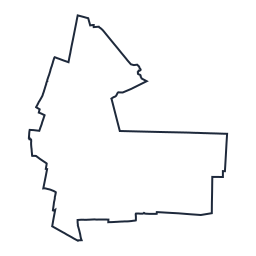 the district of Gugesti, Vrancea, Romania
{"feature_id": "2599482B37813268107043", "entity_name": "Gugesti", "entity_type": "district", "adm_level": 2, "iso_a3": "ROU", "parent_name": "Romania", "parent_adm1": "Vrancea", "projection": "albers", "projection_center": [27.148, 45.569], "detail": "fine", "context": "isolated", "style": "outline", "palette": "slate", "viewbox_px": 256, "rotation_deg": 0, "n_neighbors": 0, "source": "geoboundaries", "source_scale": "gbopen_adm2", "svg_char_len": 4259}
<svg xmlns="http://www.w3.org/2000/svg" viewBox="0 0 256 256"><path d="M222.9,177.0L222.9,172.9L222.9,171.1L224.9,171.2L225.2,166.5L225.8,156.1L226.5,143.4L227.1,133.8L223.0,133.7L220.1,133.6L217.3,133.5L213.6,133.4L209.8,133.3L207.5,133.2L203.3,133.1L198.3,132.9L197.6,132.9L193.6,132.8L188.7,132.6L174.6,132.3L164.8,132.1L144.0,131.6L119.8,131.0L116.3,117.4L111.6,99.1L111.4,98.6L113.5,97.2L114.0,97.0L114.7,96.8L115.5,96.3L116.2,95.7L117.0,94.1L117.7,92.8L118.0,92.5L118.4,92.3L119.3,92.4L122.7,92.5L131.0,89.0L146.7,81.2L141.6,78.5L141.1,77.2L140.7,76.8L140.6,76.4L140.6,76.0L140.6,75.5L140.3,75.0L140.0,74.8L139.3,74.6L138.0,73.9L137.9,73.3L137.9,72.6L137.8,72.0L138.2,71.7L138.4,71.3L138.5,70.9L138.6,70.7L139.0,70.9L139.7,70.6L140.0,70.5L140.4,70.2L140.6,69.9L140.6,69.4L140.1,68.7L139.7,68.2L139.5,67.9L139.3,67.3L139.2,66.8L138.9,66.4L138.7,66.1L138.4,66.0L138.2,65.7L137.2,64.7L133.8,65.1L130.9,64.3L127.4,60.3L126.0,58.5L121.2,52.7L117.5,48.1L114.0,43.9L109.5,38.4L106.4,34.6L103.9,31.5L102.6,30.0L101.3,28.8L100.2,27.9L99.4,27.5L98.8,26.7L93.7,27.1L93.6,26.3L93.7,25.0L93.0,25.0L90.2,25.4L88.2,18.2L86.2,17.7L83.8,17.0L78.5,15.6L77.7,15.4L76.8,19.8L76.4,22.1L75.2,28.1L73.8,35.2L72.8,40.2L71.7,45.5L70.7,50.7L70.3,53.0L69.4,57.3L68.5,62.2L66.2,61.4L63.6,60.5L61.2,59.6L59.1,58.8L57.3,58.2L56.3,57.8L55.3,57.4L55.0,57.3L54.7,57.2L54.6,57.3L54.3,57.8L54.1,58.4L53.4,60.5L53.2,61.1L53.0,61.8L52.7,63.0L51.9,65.5L51.8,66.0L51.1,67.8L51.0,68.2L50.5,69.8L50.4,70.1L50.4,70.5L50.2,71.1L50.0,71.9L49.6,73.1L49.0,75.1L48.7,75.8L47.8,78.4L47.3,79.9L47.2,80.6L47.2,80.9L47.3,81.2L46.9,81.5L46.7,82.0L46.6,82.4L46.4,82.9L46.2,83.5L46.2,84.1L45.9,84.9L45.7,85.5L45.5,86.1L44.8,88.4L44.6,89.1L44.0,90.9L44.0,91.1L43.2,93.4L43.1,93.5L42.7,95.0L42.4,95.8L42.3,96.0L42.1,96.4L41.2,98.0L40.0,100.1L39.8,100.5L38.9,101.8L38.5,102.6L38.0,103.7L37.7,104.1L37.7,104.3L37.5,104.6L37.0,105.6L36.2,106.9L36.1,107.2L36.9,107.7L37.8,108.2L39.6,109.3L39.5,109.5L39.4,110.2L39.1,111.3L39.0,111.8L38.8,112.6L39.4,112.8L40.6,113.3L41.8,113.8L42.7,114.3L44.1,114.9L44.6,115.2L44.5,115.6L44.1,116.6L43.2,119.4L42.2,122.2L41.6,124.4L40.4,127.6L39.3,130.8L33.4,130.1L29.7,129.9L29.4,131.5L29.2,133.4L29.2,133.6L29.2,133.8L29.1,135.3L29.0,136.3L28.9,137.9L29.4,137.9L29.4,139.1L30.1,139.1L30.1,139.3L30.8,139.3L31.0,139.6L31.1,139.8L31.2,140.0L31.1,140.5L31.2,141.0L31.2,141.4L31.1,142.2L31.1,142.9L31.1,143.2L31.1,143.6L31.1,144.1L31.2,145.7L31.3,146.9L31.4,147.8L31.4,148.1L31.5,148.4L31.6,149.3L31.6,149.7L31.7,150.6L31.7,151.2L31.8,152.1L31.9,153.0L32.0,153.9L32.0,155.1L32.3,155.4L32.3,155.9L32.7,155.9L34.6,155.9L35.4,155.9L35.6,156.0L36.1,156.0L39.0,158.2L39.8,158.8L42.3,160.5L42.9,160.9L44.7,162.1L46.5,163.3L46.7,163.6L46.6,164.2L46.5,165.0L45.9,168.3L45.8,168.9L47.1,169.1L45.8,175.9L43.3,188.4L44.3,188.3L45.3,188.4L46.6,188.7L47.6,189.0L49.1,189.3L50.5,189.7L51.7,190.2L52.4,190.5L53.5,190.9L55.7,192.1L55.8,192.5L55.8,192.9L55.5,193.8L55.5,194.3L55.3,195.0L55.2,195.7L54.9,196.7L54.8,197.5L54.8,198.4L54.7,199.0L54.4,200.5L54.0,202.2L53.7,204.8L53.0,209.6L52.9,210.4L53.5,210.6L54.6,210.2L55.2,209.8L53.3,219.9L52.2,226.3L58.1,229.6L63.6,232.7L64.1,232.9L65.4,233.7L66.7,234.5L70.0,236.3L71.8,237.3L73.6,238.4L77.7,240.6L77.8,240.3L79.2,240.3L81.6,240.2L81.2,239.1L80.9,238.2L80.5,236.4L80.4,235.9L80.4,235.6L80.1,234.0L79.2,230.3L78.7,228.5L78.2,226.7L77.8,225.3L77.9,224.6L77.7,223.3L77.6,222.2L77.6,221.0L77.6,220.0L78.9,219.9L81.5,219.7L85.2,219.8L86.2,219.8L90.6,219.6L94.4,219.4L95.5,219.5L96.8,219.6L98.9,219.5L101.7,219.5L103.7,219.5L108.4,219.6L108.3,222.2L109.9,222.1L111.6,222.1L114.0,222.0L115.4,221.9L117.4,221.8L120.3,221.6L122.9,221.5L124.7,221.4L125.7,221.4L127.1,221.4L128.7,221.3L131.8,221.0L132.8,220.8L134.9,220.6L135.8,220.4L135.9,219.3L135.9,217.3L135.9,216.5L135.8,216.0L135.8,215.4L135.7,214.1L135.8,213.8L135.9,213.6L136.9,213.5L138.6,213.5L140.1,213.7L141.7,213.7L142.5,213.7L143.0,213.6L143.7,213.1L143.9,213.0L144.0,212.9L144.4,213.1L144.7,213.5L145.0,213.6L146.0,213.7L148.1,213.8L149.6,213.9L150.6,213.9L153.6,213.9L155.3,213.9L156.7,213.8L156.8,212.1L157.1,212.1L169.1,212.8L178.3,213.3L189.5,214.2L200.8,215.0L211.8,213.2L211.9,202.3L212.0,197.6L212.1,192.1L212.3,176.9L222.9,177.0Z" fill="none" stroke="#1e293b" stroke-width="2"/></svg>